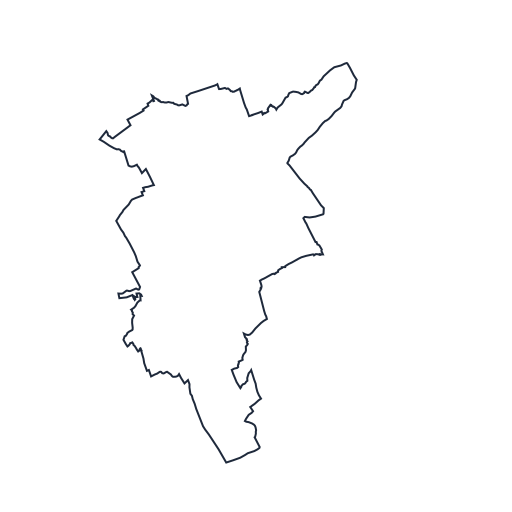 Glavanesti, Bacau, Romania (Robinson projection), rotated 71°
{"feature_id": "2599482B83875857219872", "entity_name": "Glavanesti", "entity_type": "district", "adm_level": 2, "iso_a3": "ROU", "parent_name": "Romania", "parent_adm1": "Bacau", "projection": "robinson", "projection_center": [27.377, 46.271], "detail": "fine", "context": "isolated", "style": "outline", "palette": "slate", "viewbox_px": 512, "rotation_deg": 71, "n_neighbors": 0, "source": "geoboundaries", "source_scale": "gbopen_adm2", "svg_char_len": 6091}
<svg xmlns="http://www.w3.org/2000/svg" viewBox="0 0 512 512"><g transform="rotate(71 256 256)"><path d="M441.6,351.4L441.7,344.0L441.6,336.6L440.6,331.1L439.8,328.0L439.9,321.1L439.3,317.5L438.4,314.7L438.6,314.6L427.0,316.3L426.7,315.7L424.0,314.0L422.1,313.4L420.7,312.6L417.8,312.2L416.1,312.3L414.9,312.8L413.1,314.2L410.7,317.0L409.5,319.2L408.4,320.2L406.6,318.3L403.8,314.6L402.9,311.2L401.8,309.3L396.9,310.6L395.3,305.2L393.3,300.5L392.5,297.7L388.6,298.6L384.8,298.9L380.6,298.6L376.6,297.9L372.3,298.0L362.3,297.7L363.2,298.7L364.5,301.1L368.5,304.0L371.2,304.8L371.7,306.3L372.3,306.9L373.0,308.1L373.1,308.5L373.0,310.0L374.1,312.1L375.0,312.6L375.9,313.8L368.9,315.4L360.8,315.9L355.8,316.0L355.4,313.2L355.7,310.4L355.2,309.0L353.5,308.7L352.9,308.2L352.8,307.9L352.0,307.6L351.4,306.9L350.2,306.7L350.0,303.4L349.8,302.4L347.9,302.1L345.6,300.5L344.8,299.6L343.3,297.2L341.9,296.2L338.3,295.1L337.3,293.3L336.5,292.4L335.9,292.7L334.5,292.7L334.0,291.8L332.3,292.2L332.1,291.8L331.6,291.7L329.2,292.8L325.4,292.7L326.8,291.4L328.1,289.3L328.3,287.5L327.1,284.5L324.3,280.1L321.0,273.2L319.9,270.0L319.1,266.2L316.3,266.0L314.3,266.3L310.8,266.2L291.0,264.6L289.1,262.4L288.2,262.3L287.7,262.0L288.0,261.5L286.8,260.7L285.4,260.4L280.6,260.3L280.5,259.4L280.2,258.7L279.9,255.5L278.3,246.6L278.6,244.5L279.1,244.4L279.1,243.9L278.8,242.9L278.4,242.6L278.2,240.3L277.6,240.2L276.7,239.6L276.1,237.5L275.8,235.3L275.0,235.2L276.0,232.0L275.1,231.6L274.2,227.7L273.8,224.2L272.3,216.0L272.0,213.5L272.2,208.5L273.0,201.8L273.3,201.0L274.3,200.9L273.7,198.8L274.9,196.0L274.9,195.2L275.6,195.5L275.9,194.9L275.9,193.3L276.3,192.2L272.4,192.5L271.3,191.7L266.8,192.6L265.7,193.3L265.1,194.2L262.5,194.2L262.2,195.2L246.7,197.4L241.3,197.9L240.7,198.2L235.7,198.9L234.9,197.2L237.0,192.8L237.3,191.3L238.1,187.0L238.4,179.0L238.0,178.4L232.8,176.3L229.3,178.0L215.2,181.8L211.4,182.6L211.1,183.0L210.4,183.4L209.1,183.7L207.4,184.8L206.8,184.8L203.4,186.7L197.0,189.5L181.3,194.8L178.7,196.1L178.3,196.1L176.5,194.0L173.9,192.1L173.3,191.1L172.9,188.4L172.1,185.8L171.2,184.4L169.3,182.5L168.3,181.0L167.0,178.5L166.5,176.7L165.4,174.4L164.5,173.2L161.5,167.6L160.4,163.9L158.5,159.5L157.0,156.7L154.6,153.6L152.1,149.5L150.8,146.5L150.9,145.4L150.1,142.6L148.3,139.0L145.9,135.4L145.2,134.1L143.4,128.1L142.3,126.4L140.7,125.3L137.8,122.6L137.5,121.5L137.4,118.9L136.8,116.7L135.7,114.9L132.7,111.9L130.2,108.2L129.6,107.6L124.1,104.8L122.2,103.4L117.1,104.7L108.7,105.9L103.7,106.9L103.1,107.3L103.0,109.4L103.5,113.7L103.0,120.5L104.6,125.6L108.1,133.5L110.6,136.8L111.0,138.5L113.1,140.7L113.8,141.8L114.0,143.4L114.5,144.3L115.5,145.2L115.4,146.1L116.0,146.6L117.4,148.8L117.5,150.1L118.4,151.9L118.9,153.6L118.6,154.2L116.5,156.3L116.9,157.0L117.6,157.5L118.0,159.2L118.0,159.7L117.5,160.6L115.1,162.7L113.8,164.9L112.7,167.2L112.6,167.8L112.8,171.5L114.0,172.8L115.4,173.8L115.7,174.5L115.9,176.5L120.3,181.5L121.0,182.6L122.6,187.1L124.2,189.1L123.1,189.2L120.9,190.4L120.8,190.7L120.1,191.2L120.2,191.5L119.4,192.0L119.1,192.6L118.2,192.4L117.7,193.0L120.2,196.5L121.3,197.0L121.3,197.3L123.3,197.4L124.0,200.9L123.7,201.5L123.4,201.7L123.6,202.5L124.1,202.6L124.4,203.6L121.3,203.6L121.5,207.4L121.4,213.7L121.6,213.7L121.5,217.0L114.4,217.0L112.3,217.4L107.4,217.5L94.1,217.0L92.4,216.8L93.0,219.1L92.9,219.7L93.2,220.4L93.2,221.9L93.5,222.8L93.2,224.5L92.5,225.0L91.9,226.2L90.8,226.5L88.7,227.7L88.4,228.0L88.4,229.4L87.0,230.7L86.6,235.1L86.1,236.6L81.0,236.6L81.2,237.3L81.4,239.6L81.2,257.0L81.0,265.1L81.9,267.7L82.1,269.6L90.0,270.7L90.2,271.6L91.0,272.6L91.1,273.9L88.7,276.3L88.6,279.4L88.2,280.5L87.0,281.5L85.5,283.8L84.2,284.3L83.9,285.4L81.9,288.7L81.7,290.9L80.9,292.8L80.3,293.5L79.7,295.5L78.6,296.5L78.0,296.4L77.7,296.6L77.9,297.1L77.3,297.7L76.3,297.6L76.1,298.1L75.3,298.6L73.4,300.5L71.6,301.1L70.3,302.2L76.2,302.0L76.2,302.6L74.5,302.7L74.5,302.9L76.2,306.8L76.6,308.9L78.9,308.9L80.6,315.2L81.9,315.0L82.9,319.4L85.2,333.1L91.5,332.1L97.4,350.7L98.2,352.9L97.8,353.7L96.4,354.8L95.6,354.9L94.3,356.3L93.4,356.6L91.4,356.3L89.2,356.9L94.9,365.9L98.4,362.8L103.9,358.7L107.9,355.1L109.9,352.8L110.2,351.4L110.8,350.5L111.2,350.0L112.5,349.5L114.6,347.5L114.0,347.1L114.1,346.6L129.0,347.1L130.2,345.9L131.1,344.4L131.3,342.2L130.9,338.9L132.8,338.6L134.0,338.0L136.1,337.6L140.5,336.9L137.9,331.8L146.8,330.5L155.7,329.5L155.5,331.1L155.4,335.6L154.9,338.2L154.8,340.6L158.3,340.5L158.3,343.4L161.8,343.2L162.0,350.7L162.3,354.8L163.2,356.4L165.9,359.6L169.3,366.3L170.9,368.0L173.1,371.5L173.9,372.3L177.3,376.7L187.0,375.0L190.8,373.8L194.7,373.4L196.2,372.8L203.2,371.4L212.9,370.0L217.0,369.7L222.8,369.9L227.1,368.8L227.7,369.5L228.3,370.6L229.3,370.9L231.0,378.3L247.5,375.7L249.5,377.3L249.6,377.9L249.2,378.6L247.7,380.0L248.2,386.3L247.9,387.4L246.7,389.2L246.6,389.7L248.0,394.2L247.8,395.6L246.7,398.3L251.4,398.9L253.0,391.7L252.7,385.6L256.7,385.4L256.8,385.0L258.0,384.9L257.6,384.2L256.8,384.2L256.4,383.9L254.9,383.9L255.5,383.4L256.1,381.5L252.6,381.2L253.3,378.5L255.1,377.2L256.4,377.1L255.8,378.3L260.4,379.6L260.2,380.1L260.3,380.7L261.4,383.3L264.2,386.4L265.2,388.2L266.1,391.5L267.0,391.0L268.0,391.3L269.3,390.9L270.8,391.6L272.6,390.7L275.4,393.6L278.9,394.9L283.5,395.9L285.3,396.6L285.7,397.1L286.2,400.6L286.9,402.7L287.9,403.5L289.1,405.1L289.1,406.3L292.1,408.6L296.6,407.8L299.7,407.0L299.4,406.0L298.4,404.2L297.4,403.2L297.6,402.5L297.4,401.1L299.1,400.6L300.2,400.8L301.6,400.0L304.4,399.3L305.4,399.2L307.9,398.5L307.4,396.9L306.4,396.5L305.7,395.6L305.6,395.3L305.9,395.1L306.7,395.3L308.4,395.0L308.8,395.4L316.3,395.8L321.0,396.6L329.1,396.5L328.9,394.4L335.7,394.4L335.1,390.2L335.0,387.7L334.2,384.8L334.4,383.8L334.7,383.4L336.3,382.8L337.0,381.5L336.5,378.9L336.5,377.8L340.4,375.0L341.8,374.7L343.0,374.0L343.4,373.3L344.0,371.1L344.0,370.0L343.9,368.9L342.6,367.2L346.8,366.6L353.2,365.1L351.2,360.7L355.5,360.6L358.5,361.7L364.9,362.9L367.3,362.1L370.7,362.4L375.8,362.1L381.1,362.3L399.7,361.5L403.5,360.6L409.4,358.7L426.6,354.3L441.6,351.4Z" fill="none" stroke="#1e293b" stroke-width="2"/></g></svg>